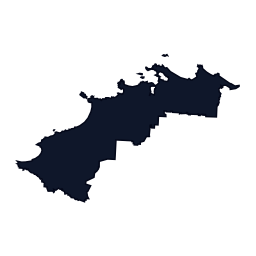 the district of Albany, Western Australia, Australia, rotated 183°
{"feature_id": "25037944B82098291834434", "entity_name": "Albany", "entity_type": "district", "adm_level": 2, "iso_a3": "AUS", "parent_name": "Australia", "parent_adm1": "Western Australia", "projection": "albers", "projection_center": [118.161, -34.738], "detail": "fine", "context": "isolated", "style": "filled", "palette": "ink", "viewbox_px": 256, "rotation_deg": 183, "n_neighbors": 0, "source": "geoboundaries", "source_scale": "gbopen_adm2", "svg_char_len": 5911}
<svg xmlns="http://www.w3.org/2000/svg" viewBox="0 0 256 256"><g transform="rotate(183 128 128)"><path d="M40.3,143.7L40.4,153.2L40.2,154.5L39.2,155.7L39.7,156.1L39.2,156.3L39.6,156.9L38.7,157.4L38.4,158.3L38.9,160.1L38.3,161.2L38.8,161.7L38.7,162.8L38.2,162.8L38.3,163.7L37.4,164.2L37.7,165.4L37.1,167.2L38.8,168.8L39.4,171.7L37.9,173.2L36.7,172.7L35.5,173.8L35.9,174.5L37.4,174.5L37.6,175.5L36.0,174.9L34.1,175.8L32.4,175.8L28.3,173.6L28.1,173.1L27.9,171.9L22.5,173.1L19.7,175.0L19.2,175.6L19.3,176.3L23.4,175.5L27.6,177.7L28.1,177.5L39.4,184.4L40.3,185.4L39.9,185.9L40.2,187.0L41.3,187.2L42.0,186.3L43.9,186.0L44.2,184.6L44.9,184.6L44.8,185.1L45.7,184.5L48.9,185.9L52.6,188.0L56.7,191.3L57.0,193.4L57.5,194.3L58.1,193.8L59.3,194.5L59.5,193.5L60.0,193.4L61.4,194.5L61.7,193.0L60.7,192.8L59.9,190.9L61.2,188.6L61.1,186.8L63.0,186.0L61.9,183.5L62.0,182.4L66.3,179.4L67.7,179.2L69.6,180.6L70.9,179.4L78.2,181.0L88.7,186.5L92.4,190.2L93.8,189.8L95.1,190.3L95.7,191.5L96.9,192.5L97.1,191.3L97.7,191.0L99.9,191.3L100.4,192.2L102.7,191.0L102.7,191.8L103.6,192.2L103.2,193.0L104.0,193.3L104.4,193.1L104.5,192.3L106.6,191.0L106.3,189.3L106.5,188.8L107.4,189.0L107.5,188.3L111.6,188.4L112.2,189.3L113.7,189.9L112.9,189.0L113.2,188.6L112.5,187.4L111.1,186.5L107.9,188.0L105.0,187.8L103.9,186.8L103.7,187.3L103.1,187.2L102.4,186.6L101.8,184.5L101.9,182.7L102.4,181.8L101.5,181.1L100.5,181.3L99.7,180.4L99.8,178.7L99.0,178.8L99.4,180.1L98.5,180.8L100.9,182.3L100.9,184.0L100.2,185.3L98.5,186.0L95.4,184.8L94.2,182.8L93.1,182.6L92.7,181.4L90.8,181.3L90.9,180.7L90.1,180.3L90.0,179.5L90.3,177.4L91.5,176.4L95.1,176.8L95.6,177.7L95.9,177.3L98.2,178.4L99.7,177.8L100.3,176.5L99.3,175.9L99.6,174.6L101.3,172.7L103.7,171.5L102.5,170.4L102.4,169.5L102.6,168.7L103.4,168.5L103.6,165.8L103.2,164.2L103.7,162.4L107.6,163.8L108.0,162.2L107.2,161.5L108.2,161.8L107.8,163.9L107.1,165.2L108.0,168.1L108.0,170.3L106.6,171.1L104.1,171.2L103.7,172.1L105.5,174.0L106.8,174.4L110.6,173.5L111.4,174.1L111.3,175.3L113.9,174.4L115.5,175.2L116.2,174.2L116.8,174.6L117.9,174.2L118.1,172.9L119.3,172.3L119.2,171.8L120.6,170.8L125.7,169.4L129.4,169.8L133.7,171.0L134.8,172.4L134.3,172.7L135.0,174.1L137.1,174.1L136.9,175.7L136.6,175.5L136.5,175.9L137.5,175.7L138.3,173.8L139.0,173.3L138.2,172.4L138.4,171.4L139.9,170.0L139.4,168.9L139.7,168.2L138.6,167.4L137.8,167.5L136.9,166.3L135.8,167.3L134.4,166.4L134.1,164.1L134.8,161.8L135.4,161.4L135.9,161.9L136.5,161.2L137.9,162.1L139.4,161.9L139.7,162.4L140.1,162.2L139.1,160.9L141.5,158.4L143.6,157.5L144.3,158.1L145.2,157.7L145.8,158.1L146.4,156.5L149.2,157.2L151.9,157.0L152.2,156.4L151.8,155.7L154.8,155.8L156.6,153.6L156.2,154.7L157.3,155.5L158.6,155.0L160.2,155.9L162.7,155.5L164.4,156.4L164.6,157.1L164.3,157.6L164.8,157.5L165.3,158.1L166.1,157.9L166.6,157.2L166.0,155.9L169.5,154.9L168.7,154.0L169.4,153.3L168.8,152.0L166.8,151.5L166.1,152.0L165.3,151.2L165.0,147.0L165.8,142.3L168.4,135.8L171.6,131.4L176.2,127.7L179.1,126.2L181.2,126.0L181.2,125.2L182.3,124.6L184.2,124.3L185.6,123.4L186.7,123.6L186.7,122.7L188.1,122.3L189.6,122.1L190.4,122.6L191.4,121.2L193.5,121.3L194.3,120.1L196.1,119.4L199.5,120.2L200.4,119.7L200.4,118.1L202.4,116.3L204.7,115.8L207.3,114.2L210.2,114.5L210.2,113.9L211.4,113.1L211.5,112.4L213.5,111.4L213.4,110.1L214.3,108.8L216.6,108.0L218.4,106.6L214.9,105.6L214.7,104.6L213.5,104.1L212.6,101.3L213.4,98.2L215.5,95.2L219.1,92.5L221.9,91.4L221.7,90.7L222.6,89.9L228.8,88.6L232.7,88.3L236.8,89.0L235.7,87.9L236.1,86.7L236.7,86.5L236.0,86.2L235.7,84.9L235.1,84.9L235.4,83.0L235.1,83.5L233.6,83.0L234.0,82.4L231.2,82.4L230.5,81.9L230.5,80.5L229.8,80.8L229.7,81.7L228.9,82.4L227.9,82.2L228.1,81.8L227.1,81.2L226.0,81.6L226.1,81.2L224.5,80.4L224.2,79.7L222.3,78.4L219.9,78.0L219.1,76.9L217.6,77.0L217.0,76.0L216.0,76.2L215.8,75.1L214.4,74.6L212.8,72.4L211.5,72.8L211.0,72.0L211.4,70.8L211.0,69.6L210.1,69.8L208.3,68.3L208.8,66.6L208.2,66.1L208.6,65.1L205.6,64.7L205.7,63.5L204.5,60.8L199.8,61.1L198.8,59.8L198.2,60.6L199.0,62.9L196.8,62.1L194.3,64.2L192.9,63.4L191.5,63.3L190.8,63.9L190.2,63.4L191.0,62.7L190.7,62.3L188.1,61.3L187.5,58.8L185.2,59.5L184.6,59.1L184.4,57.9L182.5,57.9L182.3,56.8L181.3,56.4L181.1,55.6L177.9,55.4L177.5,54.4L176.2,53.8L175.1,54.4L174.0,53.2L172.7,53.7L167.6,52.1L167.5,53.8L166.2,53.8L166.2,55.4L163.6,55.4L164.9,57.6L165.9,62.0L164.9,62.6L162.3,68.4L167.4,69.7L167.3,72.7L159.4,77.0L159.1,81.4L158.4,81.8L158.4,82.8L157.3,82.8L155.3,85.8L155.4,87.6L154.8,87.6L155.0,93.2L146.8,96.0L139.4,96.0L139.4,115.5L123.3,115.5L123.3,114.7L121.9,114.8L121.9,112.7L120.9,112.7L120.9,111.5L117.5,111.5L117.2,112.5L114.9,112.5L115.0,114.5L111.5,115.7L109.2,120.4L105.5,120.7L106.5,120.9L106.0,132.0L104.8,132.2L104.7,129.9L104.2,129.9L104.2,129.4L101.7,129.4L101.7,132.7L98.2,132.7L98.2,141.4L90.8,141.4L91.0,143.3L92.7,144.1L92.8,146.9L90.6,146.9L90.6,146.3L86.4,146.3L86.4,147.0L84.5,147.0L84.5,146.0L77.2,146.0L77.2,144.9L75.5,145.7L75.3,145.2L70.3,145.7L70.3,146.6L69.4,146.6L69.4,145.1L68.0,145.2L68.0,144.5L66.6,144.5L66.6,145.1L59.0,145.2L59.0,145.7L58.2,145.7L58.2,144.3L56.7,144.3L56.7,145.1L54.8,145.1L54.8,145.6L53.7,145.6L53.7,144.8L51.7,144.8L51.7,145.6L51.3,145.6L50.8,143.5L40.3,143.7ZM174.2,160.6L176.3,161.3L176.5,160.0L177.4,159.4L177.6,158.7L173.5,155.9L172.2,156.3L171.4,155.8L171.6,156.3L170.9,156.5L170.8,157.2L172.2,157.8L172.5,159.2L173.7,159.3L174.2,160.6ZM96.3,202.9L96.6,203.4L96.4,202.9L97.1,202.2L94.9,201.6L93.4,202.4L96.3,202.9ZM116.8,182.9L119.2,183.1L120.4,182.7L116.2,181.8L116.9,182.4L116.8,182.9ZM114.8,179.7L117.4,179.6L117.7,179.2L116.1,178.5L114.9,178.9L114.8,179.7ZM140.2,172.4L140.4,171.8L139.5,171.1L139.4,171.4L140.2,172.4ZM201.5,122.2L201.9,122.2L202.2,121.8L201.9,121.5L201.5,122.2ZM92.6,202.7L93.3,203.9L93.0,202.9L92.6,202.7ZM134.4,173.9L134.6,174.6L135.1,174.7L134.8,173.9L134.4,173.9ZM102.7,182.3L103.0,182.5L103.6,182.2L103.4,182.1L102.7,182.3Z" fill="#0f172a" stroke="#020617" stroke-width="1.5"/></g></svg>